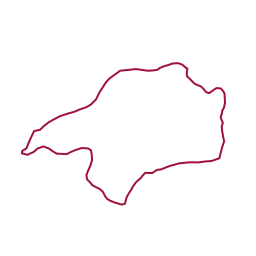 the district of Balakan District, Balakən, Azerbaijan, rotated 195°
{"feature_id": "54616110B63924922129682", "entity_name": "Balakan District", "entity_type": "district", "adm_level": 2, "iso_a3": "AZE", "parent_name": "Azerbaijan", "parent_adm1": "Balakən", "projection": "natural_earth1", "projection_center": [46.439, 41.744], "detail": "fine", "context": "isolated", "style": "outline", "palette": "rose", "viewbox_px": 256, "rotation_deg": 195, "n_neighbors": 0, "source": "geoboundaries", "source_scale": "gbopen_adm2", "svg_char_len": 1555}
<svg xmlns="http://www.w3.org/2000/svg" viewBox="0 0 256 256"><g transform="rotate(195 128 128)"><path d="M224.3,78.3L223.9,76.1L218.0,76.1L215.8,78.2L213.2,80.1L209.9,84.9L204.9,88.3L199.1,87.7L194.2,85.9L190.3,84.8L180.4,86.9L177.3,89.8L173.5,92.8L167.5,96.7L161.4,97.9L158.1,97.0L156.3,93.3L154.4,87.7L154.6,82.2L155.4,76.8L156.0,71.9L154.3,67.9L149.2,64.8L148.1,63.7L143.4,62.5L139.9,61.9L136.0,60.0L134.4,58.4L132.7,56.4L130.0,54.3L126.7,53.2L121.7,52.6L114.1,52.4L111.3,54.2L111.4,56.8L111.3,61.4L110.1,65.6L108.7,70.0L108.2,72.6L106.1,77.9L102.9,82.7L101.8,85.2L99.8,89.1L92.9,90.8L89.2,95.0L85.1,96.7L80.7,100.1L77.1,102.6L72.4,105.3L69.2,107.2L60.2,110.6L57.7,111.3L51.4,112.9L44.6,115.7L38.8,117.7L32.0,122.4L32.0,127.2L32.1,133.4L31.7,139.9L34.1,144.8L36.7,150.4L37.9,154.1L37.7,157.4L39.5,159.9L41.0,161.8L41.3,164.4L41.0,166.2L41.4,169.4L40.6,172.5L40.8,177.4L42.2,181.7L43.7,186.2L45.7,188.3L48.6,190.2L52.8,189.5L55.0,187.2L56.7,184.9L58.8,182.6L61.9,182.9L65.6,185.6L68.6,187.1L73.1,187.6L75.3,188.1L78.5,189.9L81.3,191.6L84.6,193.4L85.6,197.4L86.0,200.7L87.8,201.3L92.2,203.3L96.4,203.6L101.7,201.8L105.3,199.3L109.1,197.1L113.2,193.9L114.2,192.2L117.9,190.4L123.4,188.5L135.6,187.0L141.2,184.8L142.7,184.2L150.4,181.3L153.1,178.0L155.1,175.6L158.6,171.2L161.0,166.8L163.0,160.6L165.0,154.2L166.3,147.3L169.9,141.1L173.6,137.3L180.0,133.0L184.0,129.8L190.1,126.2L196.9,121.7L202.3,116.7L206.1,113.0L209.6,108.3L212.4,103.6L217.9,100.7L219.0,94.9L220.2,87.3L220.8,82.2L224.3,78.3Z" fill="none" stroke="#9f1239" stroke-width="2"/></g></svg>